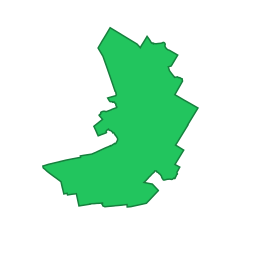 Fundulea, Calarasi, Romania (orthographic projection), rotated 210°
{"feature_id": "2599482B1760038642223", "entity_name": "Fundulea", "entity_type": "district", "adm_level": 2, "iso_a3": "ROU", "parent_name": "Romania", "parent_adm1": "Calarasi", "projection": "orthographic", "projection_center": [26.52, 44.463], "detail": "fine", "context": "isolated", "style": "filled", "palette": "green", "viewbox_px": 256, "rotation_deg": 210, "n_neighbors": 0, "source": "geoboundaries", "source_scale": "gbopen_adm2", "svg_char_len": 5244}
<svg xmlns="http://www.w3.org/2000/svg" viewBox="0 0 256 256"><g transform="rotate(210 128 128)"><path d="M148.0,213.6L148.3,213.5L148.6,213.7L149.3,213.9L149.9,213.4L150.1,213.4L151.3,214.0L153.5,215.2L154.8,215.8L157.3,216.9L157.4,210.6L157.6,205.7L157.5,203.7L161.8,205.1L162.1,205.2L175.8,205.5L188.3,205.8L193.6,205.9L193.7,197.2L193.8,192.7L193.9,190.2L193.9,188.3L193.9,182.3L185.4,177.5L185.1,177.2L183.1,175.5L177.7,170.9L168.8,163.2L157.6,153.4L157.5,153.5L157.4,153.4L157.0,153.2L156.1,152.6L155.5,151.6L155.4,151.5L154.8,151.1L154.8,150.9L154.8,150.5L154.7,149.9L156.3,148.3L160.1,144.4L160.6,143.8L157.7,142.2L157.3,142.1L156.6,141.9L155.9,142.3L155.3,142.6L154.3,143.1L154.0,142.7L153.3,143.2L153.0,143.6L152.4,143.3L152.0,143.1L151.8,143.1L151.3,142.9L150.4,142.7L150.4,142.4L150.3,142.2L150.2,142.0L149.9,141.7L149.6,141.5L148.9,140.9L148.5,140.9L148.1,140.4L148.0,140.2L148.1,139.9L149.7,138.0L151.1,136.3L152.2,134.7L155.2,131.1L155.7,131.1L156.1,131.0L157.1,130.6L157.5,130.3L157.8,130.1L158.2,129.7L158.6,129.3L159.4,127.9L159.2,127.6L158.9,127.2L159.0,126.8L159.1,126.4L159.0,126.1L158.8,126.0L159.0,125.7L159.3,125.3L159.5,124.7L159.3,124.5L158.9,124.3L158.5,124.2L155.7,123.2L154.4,122.7L158.4,112.4L154.4,109.6L151.6,107.5L149.9,106.3L148.5,108.0L148.1,108.6L146.7,110.2L144.6,112.8L144.4,113.2L144.4,113.4L144.6,113.5L145.1,113.8L145.3,114.3L145.3,114.5L145.2,114.9L145.1,115.3L145.1,115.8L145.0,116.1L144.9,116.3L144.3,117.3L143.7,116.8L143.5,116.7L143.4,116.7L143.1,116.7L142.6,116.8L142.0,117.0L141.5,117.1L141.2,117.1L139.8,116.8L138.7,116.2L138.5,116.7L138.3,116.8L138.0,116.8L137.8,116.7L137.5,116.6L137.2,116.4L137.0,116.2L136.7,116.1L136.4,115.9L136.2,115.9L135.9,115.9L135.8,115.7L135.7,115.6L135.5,115.4L135.3,115.4L135.1,115.4L134.7,115.2L134.4,115.1L134.1,114.9L133.9,114.9L133.6,114.7L133.4,114.7L133.2,114.5L132.8,114.3L132.7,114.3L132.2,114.0L131.9,113.7L131.7,113.5L131.5,113.4L131.4,113.1L131.3,112.8L131.0,112.3L130.9,112.0L130.9,111.7L131.0,111.6L131.0,111.4L130.9,111.1L130.9,110.9L130.9,110.7L130.9,110.4L130.9,110.2L130.9,109.9L130.9,109.3L130.8,109.1L130.9,108.8L130.9,108.6L130.9,108.4L131.3,107.9L131.8,108.0L132.0,107.5L132.4,106.9L133.1,105.5L133.6,104.4L134.0,103.8L134.3,104.0L134.6,103.6L134.8,103.2L135.9,101.6L136.1,101.4L136.3,101.2L137.9,99.1L144.3,90.0L146.4,87.2L152.8,82.1L155.3,80.0L154.4,78.8L156.6,77.0L160.8,73.4L165.5,69.3L178.8,56.7L182.1,53.1L182.7,52.5L181.8,51.4L181.5,51.1L181.2,51.0L180.6,50.9L179.2,50.7L176.7,50.1L175.5,49.9L173.2,49.6L167.3,48.9L165.0,48.7L162.6,48.4L161.5,48.3L159.3,48.0L158.7,47.5L157.8,46.5L156.9,45.5L155.7,44.2L155.7,44.3L155.6,44.2L154.7,43.2L151.3,39.6L150.6,38.8L148.1,41.0L146.9,39.8L142.8,43.1L141.1,44.3L139.9,45.3L131.5,36.0L122.6,43.2L122.8,43.4L121.1,44.6L119.9,45.3L118.6,46.2L117.7,46.9L115.0,48.6L112.7,50.2L112.5,50.3L112.4,50.2L112.4,49.9L112.4,49.7L112.5,49.5L112.7,49.2L112.2,48.9L111.9,48.9L111.0,48.1L110.9,48.0L108.8,48.2L108.3,48.5L106.8,49.6L103.2,52.1L102.5,52.6L101.6,53.2L100.1,54.4L98.9,55.2L96.6,56.8L95.5,57.6L94.5,58.3L93.9,58.8L90.6,61.2L89.2,59.2L86.2,61.3L77.2,69.5L74.7,71.8L74.5,72.0L74.4,72.2L74.0,74.0L73.9,74.3L73.3,76.8L72.7,79.4L71.1,86.1L70.5,88.7L70.4,88.9L70.4,89.0L70.5,89.1L78.9,91.6L83.5,90.0L85.9,89.2L86.9,88.9L86.4,90.6L85.9,92.8L85.5,94.6L85.3,95.9L85.1,96.6L84.7,97.8L84.6,98.2L84.3,99.9L84.1,100.4L83.2,103.1L83.3,103.4L83.3,103.8L83.3,104.1L83.2,104.1L83.1,104.3L81.9,105.0L81.6,104.9L81.4,104.7L81.2,104.4L80.8,104.5L80.1,104.4L79.7,104.5L79.4,104.5L78.4,104.1L78.1,104.0L77.7,104.0L77.1,104.0L76.6,103.8L76.3,103.6L76.0,103.5L75.2,103.2L74.9,102.9L74.4,102.4L73.8,101.9L73.1,101.5L71.4,100.7L71.1,100.8L70.7,101.0L70.2,101.4L69.9,101.7L69.6,102.0L69.3,102.3L68.6,103.0L67.5,103.8L66.6,104.4L66.3,104.6L66.1,104.7L64.9,105.1L64.3,105.4L64.1,105.6L63.9,105.9L63.4,106.9L63.2,107.3L63.1,107.7L62.6,107.7L62.2,107.6L62.1,108.0L62.1,108.4L62.1,108.5L62.2,108.9L62.3,109.1L62.3,109.5L62.4,109.9L62.3,110.2L62.3,110.4L62.4,110.9L62.5,111.5L62.5,111.9L62.4,112.2L62.3,112.6L62.2,112.7L62.2,112.8L62.3,113.0L62.8,113.3L63.2,113.7L63.3,113.8L63.4,114.0L63.5,114.3L63.5,114.5L63.5,115.0L63.5,117.4L63.6,117.9L63.6,118.8L63.6,119.4L63.6,120.0L69.1,119.9L68.8,133.0L68.7,136.7L78.3,137.0L78.2,137.7L77.6,160.3L77.6,160.6L77.9,160.6L77.4,180.3L86.3,180.3L93.2,180.2L104.1,180.3L104.2,195.8L104.3,196.0L104.7,196.4L105.7,197.7L105.8,197.7L106.2,197.5L106.4,197.4L106.5,197.4L106.9,197.5L107.1,197.5L107.4,197.5L107.8,197.5L108.3,197.5L108.9,197.2L109.3,197.0L109.5,196.9L110.0,196.9L110.4,197.1L110.6,197.1L111.3,196.5L111.4,196.4L111.9,196.0L112.9,195.2L113.0,195.1L113.4,195.4L113.6,195.5L113.9,195.6L114.0,195.7L114.7,195.8L115.1,196.0L118.8,197.5L120.6,198.3L121.0,198.6L123.0,200.4L123.3,200.9L123.7,201.2L121.6,203.3L121.4,216.0L131.1,216.0L131.7,215.8L132.4,215.7L132.7,215.7L133.5,215.8L134.3,215.9L134.5,216.0L135.2,216.3L136.4,216.9L136.7,217.1L137.3,218.1L137.5,218.8L137.7,219.0L137.8,219.3L138.1,219.5L138.5,219.8L138.9,219.9L139.5,220.0L140.0,219.9L140.3,219.7L140.6,219.4L140.9,218.9L141.1,218.6L141.5,218.2L142.2,217.6L143.5,216.7L145.3,215.4L145.7,215.0L146.0,214.9L146.6,214.6L147.0,214.4L147.7,214.2L148.1,214.2L148.0,213.6Z" fill="#22c55e" stroke="#15803d" stroke-width="1.5"/></g></svg>